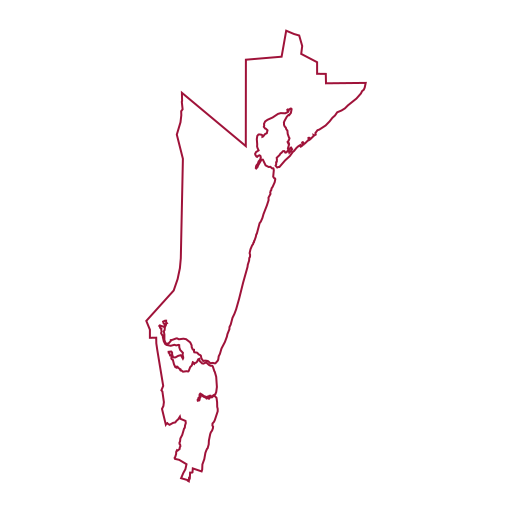 outline of Kilifi North, Coast, Kenya
{"feature_id": "3690345B15365868811730", "entity_name": "Kilifi North", "entity_type": "district", "adm_level": 2, "iso_a3": "KEN", "parent_name": "Kenya", "parent_adm1": "Coast", "projection": "equal_earth", "projection_center": [39.892, -3.499], "detail": "fine", "context": "isolated", "style": "outline", "palette": "rose", "viewbox_px": 512, "rotation_deg": 0, "n_neighbors": 0, "source": "geoboundaries", "source_scale": "gbopen_adm2", "svg_char_len": 6109}
<svg xmlns="http://www.w3.org/2000/svg" viewBox="0 0 512 512"><path d="M161.4,390.3L162.4,391.5L163.9,402.1L163.4,406.0L162.0,408.9L165.8,424.6L166.5,423.5L167.3,423.1L167.8,423.8L169.6,424.8L173.0,422.9L175.3,422.4L176.5,420.8L178.2,419.3L179.9,416.6L180.4,418.8L185.5,420.9L185.8,423.0L185.0,425.6L184.9,427.1L184.7,427.9L184.1,428.5L182.2,435.0L180.4,438.4L180.0,441.7L179.5,442.4L179.5,443.9L180.1,444.5L180.4,446.2L179.8,447.3L179.6,449.0L177.6,450.6L177.0,450.2L176.2,451.9L176.1,454.1L175.1,457.3L174.7,457.6L174.7,458.3L175.0,458.9L179.1,459.8L186.5,464.2L185.4,469.2L183.3,473.0L181.1,478.2L188.0,480.2L187.9,480.8L188.8,481.3L189.0,478.6L189.5,479.1L189.8,478.4L190.1,472.6L192.1,472.6L192.5,472.3L192.8,468.4L201.6,471.4L202.2,469.5L202.4,464.4L204.3,459.1L205.4,452.8L206.3,450.4L207.1,448.7L207.6,448.3L208.7,444.4L208.9,440.5L210.2,434.1L210.8,432.4L212.1,430.5L212.9,428.3L213.1,426.6L212.4,425.6L212.5,423.5L214.0,421.8L214.8,420.1L217.7,411.3L217.7,408.9L217.2,406.8L217.1,402.2L216.5,397.8L214.7,396.0L213.5,395.9L212.0,397.3L211.3,397.3L210.9,396.5L210.3,396.3L209.8,396.6L209.5,398.2L209.2,398.7L208.6,398.7L207.7,398.0L206.5,398.5L205.7,397.5L204.3,397.1L200.5,394.8L200.4,397.3L199.4,398.7L199.6,399.7L199.2,400.4L197.8,400.7L197.6,399.9L198.1,399.3L198.5,397.8L199.7,397.1L199.5,395.0L199.7,394.3L200.3,393.6L202.7,395.0L203.3,395.8L206.8,397.1L207.9,396.5L208.7,397.3L209.4,395.8L210.6,395.7L211.0,396.3L212.0,396.7L213.3,395.3L215.3,394.3L216.2,392.1L216.9,387.0L216.2,376.8L214.8,371.9L214.4,371.3L212.8,366.5L212.3,365.8L210.4,365.7L208.9,364.9L206.5,362.7L205.2,362.8L203.5,363.6L202.1,363.4L199.6,360.9L199.2,358.9L198.2,359.3L197.0,361.8L196.0,362.7L194.5,363.2L194.2,364.0L193.7,363.7L193.4,362.5L192.8,362.2L191.8,365.5L190.2,367.1L188.7,371.0L188.1,371.5L186.6,371.2L183.0,371.7L181.6,370.6L180.6,370.5L180.1,369.8L180.4,369.3L178.7,368.2L177.4,366.7L176.5,366.7L176.4,367.6L175.3,367.1L174.0,364.3L172.9,360.0L171.8,359.2L171.4,358.5L171.5,356.0L170.7,355.3L170.1,355.4L169.4,353.3L168.7,352.8L168.6,351.8L171.2,351.5L171.7,352.0L172.1,352.7L172.1,354.3L172.9,356.7L173.5,357.4L175.4,357.4L178.3,355.8L180.7,355.2L181.1,355.5L182.9,358.7L183.2,358.1L183.2,357.2L182.6,354.8L182.9,352.8L180.2,350.0L179.3,347.4L179.2,345.1L178.5,344.9L176.2,345.4L174.4,344.8L170.7,345.8L166.5,344.9L165.2,344.0L163.8,341.3L162.8,336.9L162.8,335.8L162.5,335.1L162.0,334.9L161.1,333.1L161.6,331.6L161.2,329.6L161.4,328.8L160.1,327.8L159.8,326.2L159.3,325.9L159.7,325.4L160.3,325.5L160.7,326.4L161.6,326.0L164.2,327.0L164.7,326.3L164.7,324.6L164.5,323.9L163.7,323.5L163.1,321.6L165.0,320.7L166.1,320.7L166.1,322.2L166.9,323.2L166.2,323.5L166.0,324.8L164.9,327.2L164.6,330.1L163.8,331.3L164.4,334.5L164.4,340.0L165.3,342.5L166.1,343.5L167.2,343.8L169.0,343.0L170.8,340.9L170.8,340.1L172.2,339.9L176.3,338.4L177.1,338.4L178.9,339.3L183.4,338.7L186.1,339.2L190.2,342.4L191.6,345.3L191.7,347.1L192.7,349.4L193.1,349.7L194.0,349.8L194.0,351.6L194.3,352.3L196.9,352.6L197.8,353.3L198.5,354.3L200.4,355.2L200.9,355.8L201.4,358.4L203.2,361.0L205.0,360.6L206.9,360.8L208.2,361.2L210.3,363.2L212.8,362.9L215.0,363.4L215.5,363.2L217.8,360.6L218.3,359.2L218.7,356.3L219.9,353.9L221.5,348.5L224.9,342.0L226.9,336.6L227.4,334.2L229.4,329.2L229.5,327.0L230.7,324.6L232.5,317.8L234.4,313.9L236.1,309.4L239.1,298.8L243.1,282.7L247.5,267.0L247.8,264.7L249.1,260.6L249.3,258.0L250.0,256.8L250.1,254.8L249.6,253.1L250.5,249.2L252.2,245.2L253.0,244.3L253.4,242.7L253.9,242.4L254.0,241.1L254.4,240.8L255.8,236.8L256.3,234.3L256.8,233.8L259.6,223.2L260.8,221.6L262.4,218.0L263.5,214.1L266.9,205.4L268.6,200.1L268.5,197.6L270.5,193.9L270.2,192.6L270.7,190.7L271.2,190.3L271.6,188.3L272.6,186.9L274.7,182.2L275.3,179.1L275.1,178.5L274.3,178.3L273.2,176.7L273.8,170.4L273.6,168.9L273.3,168.3L272.0,168.3L270.4,166.8L268.7,167.0L265.6,165.4L262.9,159.7L261.8,159.6L261.3,160.0L258.1,165.4L257.5,167.1L256.2,168.5L255.8,168.1L256.1,166.2L256.5,165.3L257.8,163.8L258.6,161.5L260.2,159.5L260.8,157.4L260.4,155.9L259.5,155.3L258.2,155.8L257.1,156.9L256.4,156.5L255.4,154.9L255.1,153.9L256.0,152.1L258.6,150.4L257.6,148.2L257.1,146.5L257.2,144.2L256.8,139.1L257.3,135.9L258.4,134.6L259.0,134.4L261.4,134.7L262.4,135.3L262.4,136.8L263.1,136.5L265.0,134.1L266.8,133.2L267.5,130.3L265.8,128.7L265.1,128.5L263.8,126.8L264.2,125.6L264.0,123.9L265.1,121.5L267.5,119.8L272.6,117.5L278.0,113.9L280.7,113.1L285.2,113.3L287.9,112.1L288.3,111.4L287.7,111.2L287.3,109.8L287.9,109.4L288.8,110.0L290.1,108.8L290.9,108.5L291.6,109.1L290.9,112.9L289.1,115.2L288.5,115.0L286.9,116.6L284.6,120.7L283.9,122.4L284.0,123.2L284.0,124.8L284.7,126.5L285.8,127.6L286.3,129.3L287.4,130.6L287.7,133.9L289.0,137.6L289.5,138.2L288.9,140.1L288.5,140.4L288.3,141.5L287.6,142.0L288.6,144.1L289.0,143.8L289.1,144.4L287.9,148.4L288.4,149.3L289.2,149.7L290.6,147.7L291.2,147.6L291.6,148.6L292.1,149.2L290.8,151.2L289.3,152.7L288.9,151.4L287.7,150.7L287.1,151.7L285.9,152.6L285.3,152.6L284.4,151.1L283.1,151.1L281.3,153.0L280.5,153.5L279.6,155.0L276.7,157.8L276.9,159.3L276.8,161.7L276.3,161.9L276.1,162.5L276.2,164.3L275.6,165.7L277.2,167.5L278.8,166.9L279.4,167.0L285.1,160.4L289.8,156.1L292.9,151.8L294.0,151.0L296.5,147.9L298.4,146.2L300.4,145.0L300.6,145.5L300.3,146.3L300.7,146.7L302.3,145.6L302.7,145.1L302.1,142.7L302.5,142.2L303.1,142.3L303.3,142.8L303.3,144.6L303.7,144.5L304.4,143.4L305.0,143.4L308.8,139.6L308.4,138.0L309.0,137.7L309.6,138.0L309.6,139.7L310.2,139.3L313.6,136.0L313.5,135.1L314.1,135.5L315.7,134.6L315.4,133.0L317.5,130.2L319.3,129.6L325.6,125.5L329.6,121.4L332.4,117.8L335.0,115.5L337.2,112.3L341.5,110.5L344.9,108.4L348.0,105.3L356.4,98.6L360.9,93.5L362.1,91.1L363.8,89.7L364.7,87.6L365.7,82.9L326.0,83.3L325.8,73.9L317.1,73.8L317.1,62.2L301.2,53.9L302.2,46.0L299.2,35.5L294.0,34.0L286.2,30.7L281.6,56.7L245.9,59.7L245.8,146.1L181.9,92.8L182.1,101.0L181.8,101.8L182.6,109.3L181.2,111.2L181.3,115.3L180.5,122.2L176.8,134.6L182.9,158.8L180.8,258.3L179.9,268.2L177.6,279.1L173.7,290.5L146.3,320.9L149.9,329.7L149.9,337.8L156.2,337.7L156.3,343.3L157.2,349.5L163.2,385.9L161.4,390.3Z" fill="none" stroke="#9f1239" stroke-width="2"/></svg>